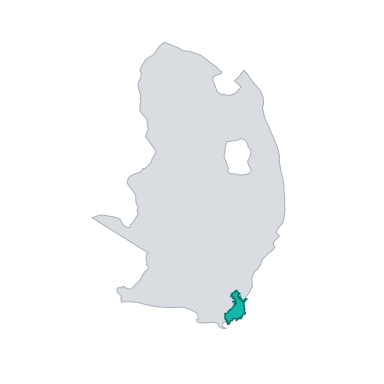 location of Overberg, Western Cape, South Africa, rotated 302°
{"feature_id": "47623444B61406186088349", "entity_name": "Overberg", "entity_type": "district", "adm_level": 2, "iso_a3": "ZAF", "parent_name": "South Africa", "parent_adm1": "Western Cape", "projection": "orthographic", "projection_center": [19.752, -34.228], "detail": "fine", "context": "in_parent", "style": "filled", "palette": "teal", "viewbox_px": 384, "rotation_deg": 302, "n_neighbors": 0, "source": "geoboundaries", "source_scale": "gbopen_adm2", "svg_char_len": 8240}
<svg xmlns="http://www.w3.org/2000/svg" viewBox="0 0 384 384"><g transform="rotate(302 192 192)"><path d="M269.2,82.8L278.1,82.5L282.0,83.5L286.6,85.9L290.9,87.0L298.4,87.2L301.0,87.8L303.0,88.6L304.4,89.8L305.9,97.5L307.1,105.7L306.9,108.3L307.0,109.3L308.8,112.9L309.4,115.1L310.5,117.0L312.5,125.9L312.6,127.4L310.7,148.1L309.5,150.5L309.6,153.8L308.3,154.1L301.5,149.1L300.2,149.1L298.0,150.4L295.9,152.6L294.9,154.6L290.7,159.8L290.2,163.4L290.2,166.4L291.4,166.7L292.1,169.0L293.7,172.7L296.8,175.3L299.8,176.7L304.1,177.5L307.5,177.8L307.5,175.4L308.9,169.2L314.4,170.7L322.8,171.5L321.8,175.6L317.8,184.5L314.8,194.8L311.8,199.8L310.2,201.9L305.8,205.3L303.5,206.3L301.7,206.5L294.1,213.6L291.2,217.1L288.4,222.4L285.9,225.2L282.0,231.3L275.4,240.3L270.0,246.1L267.7,247.7L266.1,248.4L262.0,251.7L256.1,257.1L251.6,261.9L245.0,267.3L241.2,269.6L235.5,274.3L234.0,274.9L227.7,279.2L223.2,281.8L216.1,284.7L213.3,285.4L206.8,284.1L204.0,284.4L201.6,286.3L201.2,289.2L200.3,289.6L194.3,287.9L191.8,288.0L190.3,289.5L189.0,291.4L185.6,291.3L179.5,289.0L172.4,287.5L170.7,287.3L167.1,288.7L165.9,288.8L160.8,288.4L158.0,287.3L155.3,287.2L153.2,288.0L150.7,288.2L143.7,293.5L140.2,293.4L137.2,294.0L131.9,293.2L130.3,293.5L128.7,294.5L125.0,294.9L123.6,295.7L117.4,300.6L114.9,300.1L111.7,300.1L108.1,297.4L106.7,297.6L107.1,296.8L107.2,295.4L105.9,293.9L104.5,294.0L103.7,292.8L101.5,292.7L99.8,293.1L99.4,288.5L98.5,288.0L96.3,288.0L95.3,288.1L94.8,288.6L94.2,289.6L94.3,292.9L93.5,291.9L92.6,290.0L92.3,288.0L92.6,285.5L94.2,284.6L93.7,281.5L91.0,276.2L89.4,275.1L88.2,272.4L86.9,271.4L86.4,269.5L85.1,268.0L84.7,265.6L85.3,264.2L86.4,263.4L87.5,264.6L88.8,264.1L90.7,262.4L91.8,259.7L91.8,255.5L91.5,252.8L89.8,246.0L89.1,244.4L85.6,239.6L81.4,233.1L76.1,222.9L73.5,216.8L69.5,204.3L66.0,197.4L61.7,190.9L61.2,190.5L61.8,189.7L64.0,188.1L65.0,187.6L65.5,187.8L66.0,187.4L66.5,186.3L66.8,184.0L67.7,181.5L68.6,180.4L70.6,179.7L72.1,180.6L72.7,181.5L73.0,182.6L73.7,183.2L74.7,183.1L75.5,183.8L75.9,185.3L75.9,186.4L75.3,187.1L75.4,188.0L76.2,189.1L77.0,191.5L81.0,192.7L83.3,192.8L85.4,193.4L87.4,194.4L90.7,194.6L95.3,194.0L99.0,194.2L102.0,195.2L104.1,195.4L105.5,194.8L106.0,193.8L105.9,192.5L106.5,191.7L108.0,191.4L109.2,190.4L110.1,188.9L112.2,187.6L115.4,186.6L117.1,186.7L117.2,121.0L123.1,125.6L124.5,127.6L127.4,133.8L130.3,141.4L130.8,145.1L130.6,145.8L127.6,150.8L127.4,153.2L127.8,156.1L128.5,157.6L129.3,158.0L131.4,157.3L134.7,158.2L140.8,157.9L143.9,158.3L144.7,158.1L145.4,157.5L146.2,155.8L147.0,155.3L149.8,154.6L151.1,153.6L153.2,150.2L159.5,145.8L160.2,144.7L164.3,133.9L165.5,132.4L167.3,131.4L170.7,130.7L172.7,131.2L174.8,132.3L177.2,133.9L180.7,137.1L181.9,137.6L185.5,137.8L187.7,139.9L194.4,141.5L196.4,141.6L198.5,140.6L202.0,140.8L205.7,140.3L208.1,138.5L213.0,126.8L213.6,124.2L214.1,123.5L217.7,122.4L222.1,121.7L223.0,121.2L225.9,118.0L229.6,115.5L232.5,106.2L234.3,104.1L235.3,103.2L235.9,103.3L236.9,102.7L238.1,101.7L239.6,101.1L241.2,100.9L242.3,100.2L242.9,99.0L243.8,98.4L244.9,98.6L245.6,98.2L245.9,97.4L248.7,95.6L248.8,94.7L250.4,92.9L253.6,89.9L256.5,88.4L259.2,88.3L264.2,87.1L266.0,85.7L267.2,83.8L269.2,82.8ZM251.4,222.8L255.6,221.5L258.8,219.7L259.8,215.8L262.3,213.7L263.4,211.5L264.3,208.5L263.2,205.1L261.3,204.0L258.0,200.9L256.7,198.9L254.7,197.1L253.3,195.1L250.9,195.5L247.0,196.7L244.6,197.9L242.5,199.4L239.0,200.3L235.4,205.4L234.2,206.5L231.4,210.2L227.6,211.8L227.5,212.5L228.5,215.8L230.0,219.0L231.6,221.7L231.4,223.3L231.9,224.6L233.4,225.6L235.9,229.0L237.2,230.1L241.2,231.2L241.8,231.0L243.0,229.2L243.3,227.9L246.3,224.0L247.6,222.8L251.4,222.8Z" fill="#d9dde1" stroke="#a8b0b8" stroke-width="1"/><path d="M102.0,287.2L102.3,287.9L101.7,288.4L101.4,289.0L101.7,289.0L101.7,289.3L101.9,289.3L101.7,289.7L101.6,289.8L101.4,289.9L101.3,290.1L101.2,290.1L101.2,290.3L100.9,290.4L100.7,290.4L100.8,290.6L100.7,290.8L100.4,290.7L100.5,291.0L100.3,291.2L100.2,291.3L99.7,291.5L99.6,291.8L99.5,292.1L99.4,292.1L99.5,292.2L99.5,292.3L99.6,292.5L99.8,292.7L99.7,292.8L99.4,292.8L99.6,293.0L99.6,293.3L99.7,293.5L99.8,293.5L99.8,293.4L100.0,293.5L100.1,293.4L100.4,293.2L100.7,293.3L100.7,293.2L100.8,293.2L101.1,293.0L101.3,292.9L101.7,293.1L101.9,293.0L102.1,292.8L102.2,292.7L102.5,292.8L102.7,292.7L102.8,292.8L102.8,292.7L103.3,292.8L103.8,293.2L104.1,293.6L104.0,293.8L104.1,294.0L104.3,294.0L104.8,294.0L105.0,294.1L105.3,294.2L105.3,294.4L105.5,294.4L105.8,294.1L106.0,294.0L106.4,293.9L106.9,294.3L107.3,294.8L107.7,295.5L107.9,296.3L107.7,296.5L107.4,296.9L107.4,297.0L107.2,297.5L106.9,297.5L106.6,297.8L106.8,297.9L107.0,297.7L107.1,297.8L107.2,297.7L107.3,297.8L107.5,297.8L107.6,297.6L107.9,297.6L108.0,297.6L108.2,297.4L108.4,297.4L108.5,297.5L108.8,297.8L109.0,298.3L109.3,298.4L109.4,298.5L109.4,298.4L109.5,298.4L109.6,298.5L110.0,298.6L110.2,298.8L110.3,298.9L110.3,299.0L110.5,299.3L110.7,299.5L110.8,299.5L110.7,299.6L110.8,299.6L111.0,299.6L111.2,299.8L111.3,299.9L111.2,300.0L111.3,300.0L111.6,300.1L111.8,300.4L111.8,300.5L111.7,300.6L111.8,300.6L112.0,300.6L112.4,300.6L112.4,300.4L112.5,300.3L112.6,300.2L113.4,300.4L113.7,300.3L114.1,300.3L114.5,300.2L114.5,300.3L114.9,300.3L115.0,300.3L115.4,300.4L115.5,300.6L116.0,300.8L116.3,301.2L116.5,301.2L116.5,301.3L116.9,301.5L117.2,301.5L117.3,301.5L117.3,301.4L117.5,301.4L117.6,301.2L117.9,301.2L118.1,301.0L118.1,300.9L117.9,300.9L117.8,300.4L118.0,300.1L118.3,299.8L118.9,299.4L119.6,299.0L120.3,298.9L120.6,299.0L120.6,298.8L120.6,298.7L120.6,298.4L120.8,298.1L121.1,297.9L122.0,297.5L122.3,297.1L123.1,296.8L123.3,296.5L123.4,296.1L123.6,295.8L124.4,295.3L125.1,295.0L125.7,294.8L126.7,294.6L127.2,294.7L127.3,294.7L127.5,294.7L127.9,294.7L128.0,294.7L128.1,294.8L128.8,294.9L129.3,295.1L129.6,295.0L129.9,294.9L130.1,295.0L130.0,294.8L130.1,294.7L130.0,294.4L129.9,294.2L129.8,293.9L129.3,293.8L129.0,293.9L128.5,293.7L128.1,293.5L127.7,293.1L127.4,293.0L127.3,292.8L127.1,292.8L126.9,292.8L126.7,292.9L126.4,292.7L126.0,292.9L126.1,292.6L126.1,292.4L126.4,292.2L125.9,292.0L125.9,291.9L125.6,292.0L125.6,291.9L125.7,291.6L126.1,291.5L126.6,290.9L126.9,290.6L127.5,290.2L127.6,290.4L127.9,290.1L127.5,289.9L127.1,289.9L126.9,289.6L126.8,289.2L126.7,289.0L126.8,288.7L126.7,288.3L126.7,288.1L127.0,288.1L127.4,288.1L127.5,288.2L127.5,288.4L127.7,288.2L128.4,288.3L128.2,287.8L128.3,287.8L128.0,287.6L127.9,287.2L127.6,287.3L127.5,286.7L127.8,286.7L127.8,286.8L128.1,286.9L128.0,286.7L128.0,286.3L127.9,286.3L127.7,286.4L127.7,286.2L127.7,285.8L127.7,285.7L129.2,285.6L129.4,285.5L129.5,285.9L129.7,286.1L129.7,285.9L129.9,285.9L130.1,285.8L130.3,285.9L130.9,285.7L131.2,285.9L131.1,285.6L131.2,285.2L131.4,284.8L131.0,284.6L131.2,284.4L131.5,283.1L132.3,282.2L131.9,281.9L131.6,282.0L131.2,281.6L131.2,281.2L130.4,281.0L130.4,281.5L129.2,281.4L129.3,281.1L128.8,281.0L128.0,280.1L127.2,279.7L126.9,280.0L126.0,280.5L125.9,279.7L124.7,280.0L125.2,280.4L124.7,280.8L124.2,280.8L124.3,281.6L123.9,282.4L124.9,283.0L124.4,283.3L124.2,283.2L123.9,283.0L123.6,283.1L123.8,283.3L123.7,283.4L123.8,283.6L123.8,284.0L124.2,284.4L124.2,284.5L124.0,284.8L123.7,285.8L122.0,285.6L120.7,284.7L120.5,284.9L121.0,285.4L121.4,285.7L121.6,285.9L122.1,286.0L121.9,286.4L122.0,286.5L121.8,286.5L121.7,286.6L121.7,286.8L121.7,287.0L121.5,287.3L121.4,287.2L121.4,287.4L121.6,287.4L121.6,287.6L121.4,287.7L121.4,287.9L121.7,287.9L121.5,288.1L121.2,288.1L121.2,288.4L120.9,288.4L120.8,288.6L120.5,288.5L120.6,288.2L120.2,288.1L120.1,288.3L119.9,288.3L120.0,288.2L119.2,288.0L119.4,287.9L120.2,287.9L120.2,287.7L120.1,287.4L120.1,287.2L119.8,287.0L119.7,287.2L119.4,287.3L119.3,287.6L118.4,287.7L117.6,287.6L117.3,287.6L117.3,288.1L117.0,288.0L117.0,287.9L115.8,287.9L115.4,287.7L114.3,287.5L113.5,287.5L113.2,287.2L112.9,287.4L112.7,287.3L112.4,286.6L111.8,286.5L111.0,286.7L110.7,286.5L110.2,285.9L109.8,286.0L109.0,286.5L108.6,286.4L107.6,286.0L107.4,285.7L107.2,285.7L106.9,285.3L106.8,284.9L106.6,284.5L106.4,284.3L106.1,284.4L106.2,284.7L105.8,284.7L105.3,285.6L105.1,285.6L104.7,286.0L104.4,285.7L104.1,285.8L102.8,286.7L102.6,286.9L102.0,287.2ZM108.5,298.7L108.5,298.8L108.4,298.8L108.6,298.7L108.5,298.7ZM108.5,298.9L108.4,298.9L108.5,298.9L108.5,298.9Z" fill="#14b8a6" stroke="#0f766e" stroke-width="1.5"/></g></svg>